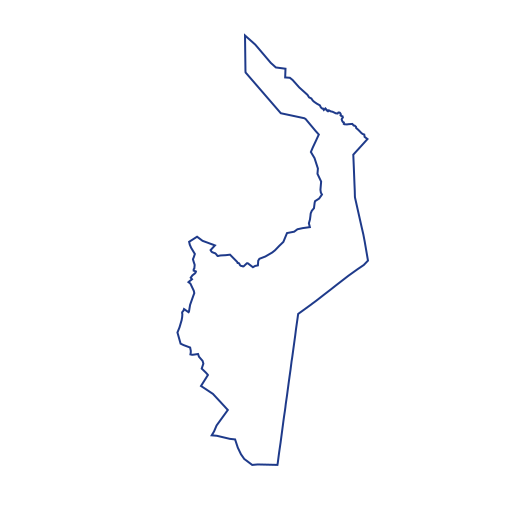 outline of Jibia, Katsina, Nigeria, rotated 132°
{"feature_id": "59680162B54988677972163", "entity_name": "Jibia", "entity_type": "district", "adm_level": 2, "iso_a3": "NGA", "parent_name": "Nigeria", "parent_adm1": "Katsina", "projection": "natural_earth1", "projection_center": [7.313, 12.988], "detail": "fine", "context": "isolated", "style": "outline", "palette": "blue", "viewbox_px": 512, "rotation_deg": 132, "n_neighbors": 0, "source": "geoboundaries", "source_scale": "gbopen_adm2", "svg_char_len": 3170}
<svg xmlns="http://www.w3.org/2000/svg" viewBox="0 0 512 512"><g transform="rotate(132 256 256)"><path d="M99.5,411.7L125.6,387.6L126.6,386.5L133.3,333.1L121.3,312.3L121.0,310.8L123.2,295.4L123.7,290.6L130.8,288.4L137.4,286.4L142.0,284.8L144.1,278.0L149.6,268.5L153.8,265.3L157.1,257.4L163.7,252.4L165.5,250.2L166.2,248.1L170.5,247.6L171.0,247.5L175.7,248.8L177.1,248.1L181.7,244.9L185.0,244.8L187.6,243.9L188.1,243.6L189.6,242.5L192.8,240.3L196.3,238.6L198.5,235.3L204.1,240.0L208.4,243.1L212.4,243.9L218.2,248.3L221.6,247.1L227.2,245.1L232.9,245.5L239.1,245.7L242.6,246.3L250.1,248.7L255.8,251.6L258.0,251.2L261.7,248.3L264.0,250.0L266.4,250.8L266.9,257.2L267.5,257.9L272.0,258.3L272.5,258.7L272.7,259.5L273.3,260.3L273.5,261.2L273.4,262.1L273.0,263.0L272.8,263.6L272.9,264.2L273.5,265.0L273.0,266.0L272.4,276.2L275.6,279.0L279.2,282.6L280.6,283.7L281.4,284.2L281.7,284.6L281.5,285.8L281.3,286.9L281.3,288.2L281.8,289.3L282.5,291.2L282.5,292.1L282.0,293.7L275.6,293.6L280.5,305.9L281.1,312.7L290.2,315.2L291.9,312.8L293.3,309.7L295.4,302.8L298.6,301.4L300.6,300.7L302.1,298.3L303.4,296.0L303.8,295.5L304.5,295.0L306.4,293.6L307.6,293.4L307.9,293.2L308.3,292.8L308.6,292.5L308.2,291.7L307.7,290.3L308.8,289.8L310.2,289.8L311.2,290.0L312.3,290.2L313.0,290.3L314.0,290.2L315.8,290.0L316.1,288.0L319.6,288.6L320.6,288.7L320.4,286.3L323.5,278.9L324.9,277.0L327.7,275.9L336.4,272.3L342.2,268.6L342.9,268.5L343.6,274.0L345.2,273.3L346.8,273.3L347.7,272.9L348.5,271.8L350.8,270.0L353.5,268.3L360.2,265.1L365.4,263.2L371.6,253.4L370.7,250.3L368.1,243.7L370.2,240.9L371.4,239.9L373.0,238.9L372.2,237.4L370.9,236.2L367.6,233.5L369.0,231.0L369.7,225.5L371.2,223.1L376.0,221.0L376.2,215.2L376.5,212.4L376.6,212.1L389.4,209.9L387.3,195.7L388.5,182.4L389.3,173.9L408.3,171.9L414.4,169.8L418.9,168.9L415.8,164.8L409.4,153.1L406.3,148.8L410.6,141.3L413.4,134.5L414.7,128.9L413.8,119.0L409.8,115.3L396.9,100.3L395.3,101.3L390.1,104.9L386.3,107.5L378.2,112.9L362.9,123.4L360.0,125.4L356.0,128.1L351.9,130.8L349.1,132.7L346.0,134.9L339.4,139.3L332.4,144.1L327.0,147.8L317.2,154.4L310.3,159.2L307.5,161.0L288.8,173.7L283.5,177.4L273.8,183.9L272.2,185.0L270.8,185.9L254.5,182.4L254.2,182.4L251.9,181.9L248.9,181.3L239.9,179.7L231.7,178.2L224.2,176.9L208.8,174.1L197.9,171.7L190.6,169.9L184.5,169.7L172.6,184.8L168.2,190.6L163.3,197.6L146.2,221.7L145.1,222.8L141.5,226.2L136.3,231.3L125.1,242.2L115.6,251.5L94.5,251.4L94.8,255.0L93.3,256.8L94.0,258.5L94.1,260.2L93.9,262.4L93.8,265.2L93.9,267.1L93.1,268.1L93.1,270.0L93.7,270.7L93.4,272.8L96.2,275.5L97.3,276.4L98.7,278.1L99.0,278.6L99.1,279.2L98.5,279.6L98.0,280.0L98.3,281.1L98.0,282.2L97.2,283.7L96.3,284.1L95.0,284.1L94.3,285.1L94.9,286.5L94.9,287.3L93.9,287.8L93.4,289.5L93.8,290.4L94.3,290.8L95.5,290.7L96.6,292.2L97.0,293.7L97.6,295.7L98.5,297.2L99.0,299.3L99.4,299.8L99.8,299.2L100.3,299.3L100.5,301.1L100.0,302.2L99.9,303.2L102.1,303.3L101.6,304.9L102.1,305.4L102.2,306.5L102.0,307.7L101.3,309.3L102.1,312.8L102.5,316.0L102.5,317.8L101.9,320.3L102.6,322.7L101.8,325.5L101.8,336.6L100.7,346.6L100.9,350.1L103.8,353.8L97.1,359.4L102.6,367.4L102.6,374.2L99.4,398.0L99.5,411.7Z" fill="none" stroke="#1e3a8a" stroke-width="2"/></g></svg>